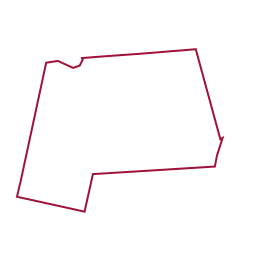 Liberty, Texas, United States of America (Natural Earth projection), rotated 103°
{"feature_id": "52423323B64688263814776", "entity_name": "Liberty", "entity_type": "district", "adm_level": 2, "iso_a3": "USA", "parent_name": "United States of America", "parent_adm1": "Texas", "projection": "natural_earth1", "projection_center": [-94.842, 30.189], "detail": "fine", "context": "isolated", "style": "outline", "palette": "rose", "viewbox_px": 256, "rotation_deg": 103, "n_neighbors": 0, "source": "geoboundaries", "source_scale": "gbopen_adm2", "svg_char_len": 379}
<svg xmlns="http://www.w3.org/2000/svg" viewBox="0 0 256 256"><g transform="rotate(103 128 128)"><path d="M82.8,222.4L205.3,220.6L207.6,220.7L220.0,220.7L219.3,151.5L180.8,151.8L146.0,34.7L134.7,35.1L116.4,33.6L118.1,35.5L36.0,79.7L53.5,134.7L63.6,167.6L70.2,188.5L71.3,187.5L78.1,189.1L81.8,195.1L78.4,211.4L82.8,222.4Z" fill="none" stroke="#9f1239" stroke-width="2"/></g></svg>